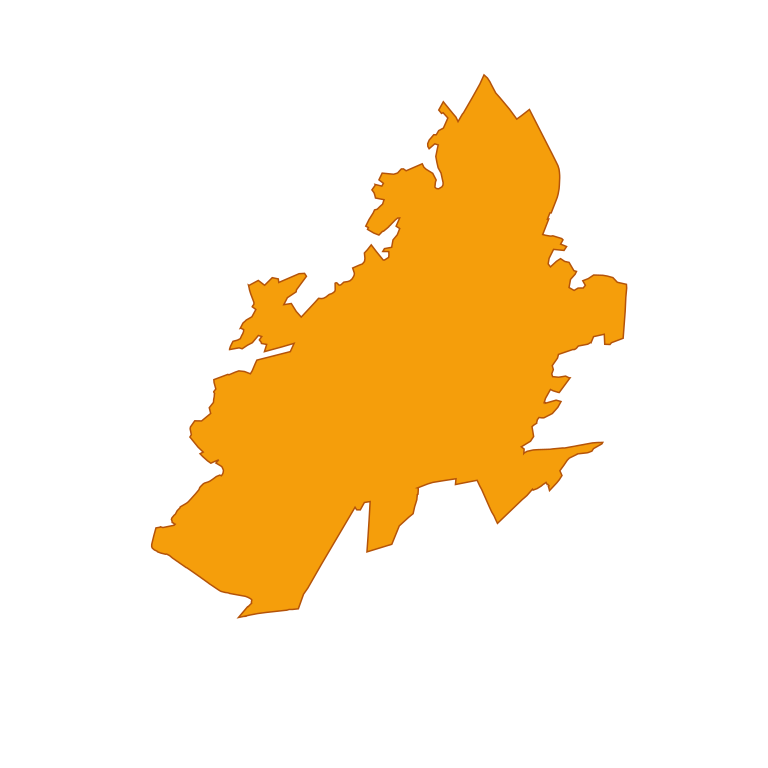 the district of Lazdonas pag., Madona, Latvia, rotated 142°
{"feature_id": "27541924B23480282117113", "entity_name": "Lazdonas pag.", "entity_type": "district", "adm_level": 2, "iso_a3": "LVA", "parent_name": "Latvia", "parent_adm1": "Madona", "projection": "equal_earth", "projection_center": [26.196, 56.824], "detail": "fine", "context": "isolated", "style": "filled", "palette": "amber", "viewbox_px": 768, "rotation_deg": 142, "n_neighbors": 0, "source": "geoboundaries", "source_scale": "gbopen_adm2", "svg_char_len": 6171}
<svg xmlns="http://www.w3.org/2000/svg" viewBox="0 0 768 768"><g transform="rotate(142 384 384)"><path d="M642.4,289.6L636.4,286.6L636.5,286.4L635.5,285.9L635.3,286.1L631.5,284.3L624.9,280.9L617.6,276.6L599.8,265.6L597.5,264.7L595.1,262.8L589.9,259.6L576.8,267.9L569.6,270.1L554.5,276.3L543.7,280.7L482.7,304.7L483.0,301.7L480.2,299.4L472.4,302.7L467.3,299.9L479.4,286.1L491.5,272.5L500.8,262.2L476.5,252.9L459.3,262.8L446.4,263.8L440.9,263.9L435.3,268.5L433.1,270.0L429.4,272.6L425.8,276.4L425.1,276.2L422.4,279.2L421.1,280.9L421.6,281.5L411.0,278.3L406.1,276.4L395.9,270.8L385.6,265.0L389.6,260.8L369.9,250.8L371.3,244.8L372.0,240.6L376.7,222.0L377.9,216.9L378.5,212.3L379.6,207.9L380.4,204.3L346.2,207.8L340.1,208.1L331.7,209.7L331.8,208.6L327.7,207.3L322.9,206.8L319.9,206.9L319.2,206.7L316.9,206.7L317.3,204.2L316.7,204.0L316.6,202.1L317.6,202.0L318.0,200.8L319.2,198.1L308.9,199.7L304.9,200.6L300.1,202.3L298.8,207.4L292.4,209.2L286.5,211.1L283.5,211.5L275.0,209.7L274.7,209.9L266.6,204.9L265.4,204.3L261.5,203.1L258.7,204.1L249.1,202.7L247.6,203.3L252.0,206.6L256.1,209.3L281.0,222.3L282.6,223.6L290.7,228.8L293.4,230.4L303.4,237.7L307.1,240.2L312.8,242.9L316.0,243.3L316.6,243.2L313.6,246.5L314.5,250.0L303.8,248.7L298.4,250.5L293.6,259.3L291.1,259.4L287.8,259.1L287.7,259.4L285.2,261.4L282.5,262.2L280.4,260.1L278.8,258.9L269.5,257.1L261.4,258.6L255.3,261.2L258.3,265.3L268.7,269.5L268.3,270.0L269.3,270.7L265.5,273.3L256.2,277.2L254.9,274.5L251.9,270.2L251.2,269.4L233.6,274.3L234.4,275.0L236.0,278.4L242.2,281.8L246.6,286.0L245.6,288.7L241.7,291.1L240.1,294.9L231.3,297.6L228.3,299.9L213.9,294.9L213.1,294.1L211.6,293.7L210.3,293.7L207.5,294.3L198.9,289.9L195.2,289.4L195.2,289.2L189.7,292.3L179.8,287.6L185.6,279.4L181.6,276.0L179.3,276.5L167.4,272.8L149.2,292.8L140.1,303.4L133.7,310.2L131.6,313.3L137.5,320.5L138.1,326.9L141.6,331.6L144.6,334.9L151.7,340.8L158.2,341.3L163.8,343.0L164.6,337.8L167.9,337.0L172.0,340.1L176.6,340.7L178.8,346.1L172.6,351.6L165.9,352.8L163.0,354.2L164.6,356.4L163.3,365.9L166.1,369.3L167.7,374.1L172.5,374.5L180.7,373.8L180.7,377.6L176.5,381.4L167.5,385.7L159.9,378.4L155.5,379.9L158.7,385.5L154.2,387.4L154.4,389.2L159.7,396.8L161.5,397.8L162.4,398.7L165.2,401.8L166.9,404.1L152.6,412.6L153.7,413.3L147.9,416.7L146.9,415.9L135.9,422.4L132.6,424.4L129.8,426.5L125.9,430.0L123.6,432.5L118.7,438.2L117.1,440.3L115.3,443.0L113.8,445.6L112.5,449.0L111.7,452.8L109.9,461.7L100.4,510.8L110.4,510.8L116.3,511.0L115.9,523.1L116.4,538.3L116.8,544.5L115.0,554.5L114.5,556.8L114.1,561.4L114.9,566.0L123.7,561.4L137.2,555.7L154.3,548.8L156.1,548.4L164.1,545.2L163.0,550.0L163.2,554.9L163.5,569.9L172.2,566.2L172.1,561.8L170.4,561.4L169.9,554.3L179.6,549.1L184.9,550.0L189.4,548.2L191.3,549.8L198.2,548.4L201.6,546.5L203.2,544.2L203.6,541.6L196.1,542.0L194.1,539.0L197.3,536.4L203.1,531.4L205.8,526.2L208.2,521.1L209.2,515.1L213.5,506.2L215.0,504.5L216.9,503.7L220.8,504.2L222.4,505.8L222.7,507.8L219.1,511.5L217.3,512.6L215.9,520.0L218.6,527.3L219.1,530.2L218.3,534.0L235.3,538.4L236.2,541.5L238.0,542.8L243.4,541.9L247.2,543.3L255.6,551.3L262.3,548.0L260.9,542.5L263.9,541.3L268.2,546.8L268.4,546.1L274.0,544.4L274.1,540.9L275.0,538.4L276.2,535.8L270.5,529.2L274.4,526.6L277.6,526.4L281.7,525.9L284.3,527.0L287.1,525.5L294.6,522.8L301.2,519.6L300.0,516.9L301.8,516.0L299.1,509.2L296.3,504.5L291.2,505.2L290.9,505.0L290.2,504.7L286.1,504.8L284.1,504.9L283.8,504.9L283.1,505.0L282.8,505.2L280.9,505.3L280.1,505.5L273.5,506.4L272.5,506.3L271.2,506.4L269.4,505.2L277.3,500.9L275.9,496.8L281.7,493.4L288.2,492.0L293.8,487.0L300.3,490.4L303.4,489.2L298.7,485.4L300.6,482.7L302.4,480.9L307.3,481.4L308.3,482.2L308.5,493.0L308.4,501.5L314.5,500.0L318.8,499.3L321.7,494.7L323.9,492.6L327.1,491.9L329.9,492.8L337.3,494.7L339.1,489.6L340.5,488.1L342.4,487.2L344.7,486.4L347.3,486.3L349.4,487.0L353.0,489.0L356.7,488.7L357.8,489.0L358.6,489.8L358.8,492.4L359.4,493.3L360.5,493.5L364.5,488.2L365.6,487.4L367.2,487.2L369.5,487.4L372.0,488.3L376.3,488.3L378.9,488.8L380.7,489.8L382.8,491.8L388.4,490.8L408.0,487.7L408.5,495.1L407.5,504.5L414.1,508.2L407.0,511.5L396.5,510.7L395.0,512.1L378.8,516.6L378.5,520.1L383.0,523.2L404.4,528.8L402.6,531.9L406.6,536.6L417.3,535.3L419.3,543.0L429.7,544.8L429.9,545.4L431.1,542.8L432.0,541.1L433.5,537.2L436.1,528.9L436.4,528.2L437.5,526.9L439.5,526.4L440.3,526.0L439.1,521.6L446.7,518.3L453.2,519.2L454.7,519.0L457.4,518.9L458.2,518.6L462.9,516.4L462.6,516.3L461.1,513.3L462.5,511.7L465.1,510.2L465.7,510.1L469.4,508.2L472.5,508.8L476.7,510.6L478.7,509.7L481.8,508.2L484.2,506.6L484.5,506.2L475.9,501.7L474.1,499.1L467.6,498.6L462.3,497.6L456.3,498.9L453.1,499.6L451.1,496.7L455.1,495.5L455.1,492.5L455.6,491.4L452.1,487.4L458.3,483.1L441.6,476.1L429.8,471.4L437.9,467.2L469.5,481.1L472.8,479.4L479.8,475.5L483.0,474.3L486.3,479.8L490.3,483.7L493.8,484.9L500.5,486.7L501.1,487.7L515.4,492.2L517.0,489.8L519.6,483.6L522.9,482.8L523.1,482.5L523.4,480.7L524.0,480.3L525.6,478.5L527.6,476.8L529.7,474.5L536.3,472.9L538.7,467.5L550.5,467.2L555.8,471.5L563.0,469.3L564.4,468.0L567.0,462.7L569.6,461.7L569.4,448.8L568.4,441.7L571.9,442.3L571.5,438.4L570.4,432.2L569.2,428.2L565.4,427.3L560.9,426.0L565.1,425.2L563.0,419.8L562.7,418.3L563.6,414.9L565.1,413.4L566.4,412.5L568.6,411.8L569.5,413.3L573.1,414.3L577.1,414.4L580.6,414.6L582.6,415.0L586.4,416.4L587.9,416.6L592.0,416.1L593.4,415.6L594.4,414.9L595.1,414.6L600.1,413.5L610.5,411.7L612.0,411.6L613.6,411.7L620.2,412.6L621.2,412.0L625.0,411.5L628.5,409.9L630.3,409.8L633.5,409.1L634.9,408.2L635.3,406.7L635.8,405.9L636.1,405.6L636.2,405.0L635.7,404.6L635.4,403.8L635.6,403.3L634.9,402.1L636.4,401.9L646.6,407.0L648.1,409.1L648.4,408.9L652.3,411.0L659.0,406.0L665.8,400.6L667.1,399.0L667.3,398.5L667.5,397.8L667.6,397.1L667.1,394.6L665.8,392.1L665.8,391.2L665.6,390.9L663.9,388.1L661.0,384.4L660.0,383.8L658.6,380.8L657.8,377.0L652.9,361.1L652.5,360.6L648.9,348.9L644.8,335.0L644.7,334.4L641.2,323.7L640.5,321.8L640.0,320.8L637.5,317.5L635.8,315.8L635.1,315.0L634.7,314.1L624.9,303.1L624.0,302.1L622.6,299.8L621.3,296.9L621.1,295.2L622.9,293.7L623.2,292.8L627.3,292.3L628.0,292.1L628.5,292.5L642.4,289.6Z" fill="#f59e0b" stroke="#b45309" stroke-width="1.5"/></g></svg>